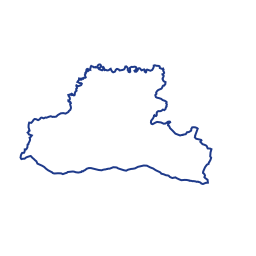 Monywa, Sagaing, Myanmar, rotated 291°
{"feature_id": "60261553B28979630774365", "entity_name": "Monywa", "entity_type": "district", "adm_level": 2, "iso_a3": "MMR", "parent_name": "Myanmar", "parent_adm1": "Sagaing", "projection": "robinson", "projection_center": [95.327, 22.213], "detail": "fine", "context": "isolated", "style": "outline", "palette": "blue", "viewbox_px": 256, "rotation_deg": 291, "n_neighbors": 0, "source": "geoboundaries", "source_scale": "gbopen_adm2", "svg_char_len": 5780}
<svg xmlns="http://www.w3.org/2000/svg" viewBox="0 0 256 256"><g transform="rotate(291 128 128)"><path d="M105.6,222.2L108.2,220.8L108.9,218.1L109.5,216.9L111.1,217.0L112.1,216.1L112.8,214.8L112.9,214.2L113.6,213.9L114.8,213.8L119.0,214.0L122.0,214.8L123.4,216.1L123.8,215.9L125.1,215.9L125.3,216.1L127.8,216.4L130.0,216.3L131.0,214.9L134.8,213.8L138.1,213.5L138.2,212.1L137.5,209.7L139.3,208.0L139.7,206.8L139.7,204.5L139.6,203.4L141.0,200.5L142.8,201.0L143.1,200.5L142.4,195.5L142.9,194.4L143.3,193.7L144.8,193.6L144.9,193.4L152.4,193.3L152.7,192.3L152.7,190.5L152.2,188.9L151.6,187.7L149.8,187.4L148.8,187.8L148.0,187.8L146.2,186.4L145.6,185.6L145.3,184.7L142.9,184.1L141.7,182.1L141.4,181.9L141.3,181.6L141.1,181.6L140.6,180.5L139.7,179.3L139.7,174.3L141.5,170.6L142.9,167.3L144.5,165.8L144.8,164.5L145.3,164.5L146.0,164.0L147.7,164.8L148.5,165.3L148.9,164.9L148.8,164.1L148.1,163.0L145.6,161.4L144.8,159.8L145.0,156.8L144.1,153.0L143.0,151.8L140.4,149.6L140.3,148.5L141.2,147.5L143.0,147.0L145.9,147.9L148.0,148.1L148.9,147.8L149.5,148.2L149.0,148.9L149.2,149.9L150.1,150.2L151.5,149.8L152.1,149.4L153.3,149.4L154.6,150.2L155.2,152.0L156.0,153.0L157.7,154.0L157.7,155.5L159.2,156.2L160.5,156.0L161.9,156.3L162.2,155.9L163.7,155.9L164.1,155.7L164.7,154.8L166.0,154.8L166.4,153.8L166.6,152.5L166.5,150.3L167.1,148.5L167.0,146.3L166.7,144.2L166.9,142.9L168.5,141.7L170.1,142.3L171.1,141.6L172.6,141.8L174.3,142.6L176.7,145.1L177.9,145.4L179.6,145.4L179.8,145.6L180.2,145.7L180.5,146.1L180.6,146.6L182.5,147.1L183.2,146.8L184.3,146.6L184.4,144.9L184.8,144.0L186.0,142.8L186.4,142.9L186.8,142.5L188.0,142.7L189.4,142.7L190.1,141.6L190.1,141.2L190.5,140.9L191.1,141.7L192.4,142.0L193.0,141.6L194.1,140.3L194.4,140.2L195.2,140.3L195.6,139.9L195.7,139.6L196.0,139.4L195.4,138.8L195.4,136.2L196.8,135.5L197.0,134.6L196.6,133.2L196.3,132.3L196.2,130.6L195.8,130.0L195.5,129.9L195.4,129.7L194.5,130.1L192.7,130.1L190.9,129.8L189.5,128.4L189.4,124.9L188.7,124.5L186.7,124.9L186.3,124.7L186.6,123.4L188.0,122.8L188.1,122.6L188.3,122.5L188.5,122.1L186.7,120.0L187.3,118.8L187.8,118.2L187.9,117.2L187.4,116.4L184.9,116.2L183.5,115.5L183.1,114.4L183.7,113.6L184.4,114.3L185.5,114.2L185.9,114.5L186.4,114.6L186.6,114.8L187.7,113.6L187.7,112.4L186.7,110.6L186.3,109.3L184.8,108.2L181.4,109.9L180.7,109.6L180.6,108.5L181.7,107.5L181.9,107.2L182.2,107.1L182.2,106.9L183.3,106.7L184.4,105.5L184.9,104.3L184.4,103.5L183.5,103.6L181.9,103.5L181.2,103.2L180.3,102.2L178.7,99.5L179.3,98.5L179.3,96.8L179.2,96.5L178.9,96.2L178.4,96.1L178.2,95.9L177.7,95.7L176.7,95.7L175.8,95.5L174.7,94.2L175.0,93.0L176.2,91.4L177.1,90.6L176.7,90.2L175.4,89.5L174.8,88.9L174.3,87.9L174.3,86.3L173.7,85.5L175.9,83.5L176.1,82.8L175.7,82.6L174.6,83.8L173.3,83.7L172.6,83.2L172.5,80.0L173.2,78.8L173.6,79.1L174.7,80.6L175.7,80.7L176.3,80.6L177.1,79.8L177.3,79.0L176.6,77.9L176.0,77.6L175.1,77.5L174.7,77.3L174.0,77.2L173.0,76.5L172.9,75.9L173.2,75.6L172.4,74.5L172.8,73.0L172.5,72.1L172.7,71.4L172.4,71.3L171.6,71.3L169.3,71.6L168.8,71.9L168.7,70.9L168.3,70.0L168.8,69.3L168.5,68.7L167.7,68.3L167.3,68.4L167.2,68.9L167.4,69.5L167.3,69.3L167.7,70.3L167.4,70.6L166.6,70.1L166.8,68.6L166.2,68.6L165.2,68.9L164.9,68.6L164.3,68.6L164.1,68.8L163.8,68.5L163.4,68.9L162.1,68.7L160.1,70.4L159.5,70.0L159.2,68.9L158.7,68.6L158.1,68.6L158.2,68.0L157.0,67.5L157.5,67.1L157.3,66.9L157.3,66.5L156.3,66.1L156.8,65.5L156.7,64.6L155.2,65.0L154.2,64.6L152.8,64.3L152.8,65.1L152.6,66.7L153.1,68.3L152.8,69.0L152.4,69.0L151.4,68.9L150.7,68.4L150.4,67.9L149.3,66.7L149.2,65.7L149.4,64.6L148.8,64.6L148.1,65.4L147.0,66.1L145.8,65.6L144.4,66.6L143.2,65.9L141.3,65.9L140.2,66.3L139.4,66.3L139.0,65.7L139.2,64.9L138.8,64.1L139.7,63.8L139.8,63.2L139.0,63.0L138.9,62.3L138.4,62.3L138.1,61.2L137.6,60.9L137.4,60.5L136.6,61.1L135.8,62.3L135.1,63.0L133.9,63.4L133.2,63.3L132.5,62.7L132.4,62.4L131.6,62.8L131.4,63.5L131.6,64.7L131.3,65.3L130.7,65.7L130.4,65.3L129.3,65.5L127.2,67.1L126.2,67.6L124.2,67.6L122.7,66.7L121.6,66.6L119.1,64.6L118.7,62.2L117.6,60.0L115.9,58.6L114.7,57.7L113.0,57.0L112.1,55.5L111.7,54.2L111.3,53.6L111.3,51.7L110.3,50.3L108.4,48.2L108.2,47.1L106.8,45.8L106.8,43.8L106.5,43.2L105.9,42.8L104.7,42.5L103.2,41.4L103.1,41.0L103.3,39.2L103.0,37.7L102.0,37.0L100.1,36.6L98.2,35.9L97.6,33.8L95.3,34.1L93.0,34.9L90.2,37.1L89.6,36.7L89.5,36.4L88.6,36.3L88.2,36.5L87.7,36.1L87.3,37.0L86.5,37.7L86.6,40.9L85.8,40.7L85.4,40.4L84.4,40.3L83.7,39.6L82.4,40.6L81.2,40.9L77.6,40.6L77.1,40.8L76.5,40.2L73.8,41.0L72.2,40.8L72.0,40.6L71.5,40.5L71.0,39.3L70.1,39.7L68.5,39.9L67.6,39.8L66.8,38.1L65.8,37.9L64.4,37.8L63.2,38.0L62.6,38.2L62.0,38.2L61.1,39.1L60.8,39.7L61.7,41.0L62.3,42.5L63.9,43.4L64.9,44.4L66.7,46.7L67.0,47.2L65.8,49.7L65.4,51.0L64.6,52.8L64.1,54.4L62.3,56.2L62.0,61.4L61.6,63.7L60.6,66.1L59.9,68.6L59.4,73.1L59.0,73.8L59.0,74.6L59.2,75.7L60.6,78.7L61.7,81.8L61.6,83.7L63.5,85.9L64.1,86.8L65.3,87.5L67.5,91.8L67.9,93.1L68.0,95.2L68.6,97.6L70.2,100.2L70.8,100.2L71.2,100.5L71.4,101.5L72.3,102.0L73.2,102.9L75.2,104.1L76.5,105.7L77.3,107.7L78.3,115.7L79.1,118.6L80.0,119.6L80.9,121.0L81.3,121.9L82.1,122.9L82.3,123.4L82.5,123.5L82.6,123.8L82.9,124.1L83.5,125.5L86.1,128.3L86.9,130.8L87.1,131.8L86.8,132.7L86.8,134.2L87.1,139.3L87.5,141.6L89.1,143.0L90.9,145.6L91.7,147.2L92.8,149.0L95.3,151.2L98.6,156.1L99.6,159.1L99.2,162.7L99.2,166.2L98.8,167.7L98.5,169.3L98.2,173.6L97.9,174.5L97.3,175.5L97.6,177.9L97.5,180.3L98.0,182.3L98.0,183.1L97.3,184.7L97.2,186.7L97.3,187.6L98.3,188.9L98.4,189.4L98.9,190.0L98.6,191.4L98.4,194.3L98.4,196.5L99.9,199.6L100.5,201.4L100.8,202.9L100.8,204.1L101.0,204.1L101.1,205.3L101.4,206.3L101.5,207.4L101.9,208.2L102.3,210.0L102.4,211.6L103.0,212.5L102.9,213.2L103.1,214.4L102.9,215.5L102.5,216.3L102.5,217.7L102.7,218.2L104.6,220.2L105.6,222.2Z" fill="none" stroke="#1e3a8a" stroke-width="2"/></g></svg>